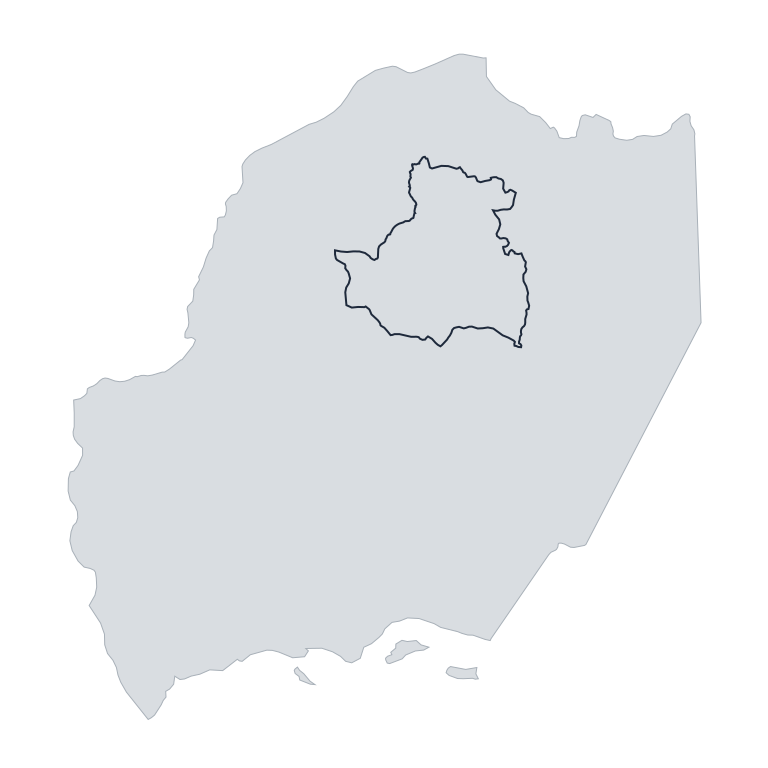 Tabora highlighted on a map of United Republic of Tanzania, rotated 88°
{"feature_id": "TZA-3359", "entity_name": "Tabora", "entity_type": "Region", "adm_level": 1, "iso_a3": "TZA", "parent_name": "United Republic of Tanzania", "parent_adm1": "", "projection": "orthographic", "projection_center": [32.512, -5.492], "detail": "fine", "context": "in_parent", "style": "outline", "palette": "slate", "viewbox_px": 768, "rotation_deg": 88, "n_neighbors": 0, "source": "natural_earth", "source_scale": "10m", "svg_char_len": 7601}
<svg xmlns="http://www.w3.org/2000/svg" viewBox="0 0 768 768"><g transform="rotate(88 384 384)"><path d="M270.3,565.5L260.7,560.4L252.0,557.4L244.9,553.9L241.7,550.6L235.0,549.3L229.2,548.7L223.8,545.6L212.8,544.5L211.6,542.4L211.4,537.8L209.5,536.6L205.5,535.5L201.1,535.5L198.5,536.2L196.9,535.9L193.4,533.2L190.0,529.7L188.7,524.3L183.7,520.7L177.9,517.9L161.7,518.3L159.2,517.4L155.3,514.7L150.8,510.1L147.2,504.8L144.0,497.7L140.6,488.1L121.9,449.8L120.0,442.6L116.3,434.5L110.3,424.7L104.0,417.4L95.4,410.7L85.7,404.2L80.4,399.7L70.3,381.7L68.3,373.3L66.7,364.5L67.3,360.9L73.5,349.6L74.1,346.4L73.3,342.2L70.2,333.2L66.2,322.3L58.2,302.4L57.0,297.4L57.1,293.6L61.7,273.4L61.6,270.6L80.3,270.9L93.9,262.0L105.7,248.7L108.1,243.2L112.9,234.7L117.7,230.4L119.5,227.5L122.2,219.1L128.4,213.3L134.5,208.9L133.2,205.8L134.1,204.6L137.4,202.4L143.9,200.3L145.1,195.8L145.1,190.8L144.0,188.0L144.2,184.8L143.2,183.0L139.0,182.6L132.8,180.1L127.5,179.0L123.9,177.6L122.6,176.5L122.0,173.5L124.9,165.8L122.0,162.6L128.5,149.8L129.7,148.2L132.1,148.0L135.8,146.6L139.3,146.0L142.1,146.5L144.2,146.0L146.1,144.5L147.6,140.2L148.9,132.9L148.2,127.0L145.5,122.4L144.7,115.5L146.0,106.1L145.1,98.4L142.1,92.2L139.0,88.5L134.3,86.8L126.9,77.3L124.6,72.8L125.1,69.9L127.6,68.7L132.3,69.1L136.7,68.0L140.8,65.4L144.8,64.6L147.0,65.0L333.8,65.0L551.4,187.8L552.3,189.2L554.0,199.8L553.6,203.3L550.2,209.3L549.2,212.5L549.2,214.7L550.0,215.5L552.8,215.9L555.2,217.3L556.1,218.5L558.0,223.0L560.3,225.3L642.2,285.9L644.1,286.8L642.8,291.8L638.1,303.9L637.8,309.0L635.9,314.9L634.1,318.9L629.2,335.9L625.2,342.3L619.6,357.2L618.6,368.7L621.5,376.8L622.5,384.3L628.7,391.7L633.8,394.4L637.1,397.9L643.1,405.6L646.4,413.4L657.3,417.3L661.5,426.0L659.8,432.0L654.7,436.9L649.8,444.8L645.9,455.3L645.6,471.4L648.1,468.9L653.8,472.9L654.4,484.8L648.2,498.5L646.3,504.9L645.9,510.4L649.9,527.0L656.2,535.4L655.7,538.1L654.0,540.2L664.8,555.2L663.6,568.1L667.6,578.2L669.2,586.9L671.8,593.6L672.2,598.2L668.7,603.3L676.7,604.7L681.4,608.9L683.5,612.9L689.3,612.8L692.4,615.6L696.9,617.9L706.8,624.8L709.4,628.2L711.0,631.4L682.9,652.2L672.8,657.5L665.6,660.0L658.0,661.3L650.7,664.5L643.7,669.7L634.9,672.2L624.2,672.1L613.0,675.6L595.1,686.4L585.0,680.2L577.0,678.2L567.7,678.3L562.0,679.0L560.0,680.3L558.1,684.0L556.5,690.1L550.3,695.9L539.6,701.4L529.7,703.4L520.8,701.9L514.7,699.5L511.6,696.3L506.9,694.7L500.8,694.9L494.8,697.2L489.1,701.5L480.0,703.4L467.6,702.7L461.0,700.6L460.1,696.9L454.7,692.6L444.8,687.7L437.5,687.5L432.7,692.2L428.4,695.1L424.5,696.3L421.0,696.4L416.0,695.1L402.2,694.6L389.2,694.7L388.0,687.9L385.3,683.7L383.0,681.3L378.5,680.6L377.2,678.7L375.8,674.5L373.6,670.9L370.7,667.9L368.9,665.1L368.3,662.6L368.8,659.8L371.6,652.8L372.5,648.0L372.2,643.1L370.8,638.1L367.7,632.1L368.1,630.4L367.0,626.3L367.0,623.5L367.6,619.9L367.0,615.3L364.4,605.3L364.4,602.7L361.6,597.9L353.0,586.4L352.6,584.9L339.0,573.4L333.5,570.8L331.6,573.0L330.8,575.0L331.4,578.7L331.0,580.5L330.5,581.3L327.2,581.2L325.2,580.8L320.0,577.7L316.0,576.9L306.0,577.5L302.5,578.2L299.7,577.5L294.5,572.2L288.3,571.1L282.7,570.8L273.5,564.8L270.3,565.5ZM659.3,375.4L663.6,388.1L663.0,390.5L659.8,391.9L658.1,392.0L656.2,389.9L654.8,385.6L652.4,386.6L648.4,381.5L644.3,381.2L640.8,375.0L642.2,369.7L641.5,360.7L646.0,356.1L648.6,348.3L651.3,353.6L651.9,362.0L655.6,371.8L659.3,375.4ZM681.9,300.0L682.2,303.0L681.2,305.8L681.3,314.9L680.9,320.8L677.5,329.1L674.7,332.0L672.2,331.1L670.2,329.7L668.7,327.4L672.1,312.3L670.6,301.1L676.9,302.3L681.9,300.0ZM670.2,482.9L667.1,483.7L665.8,482.9L663.9,480.4L667.3,478.3L670.7,474.3L678.4,468.3L682.0,463.5L681.4,468.2L676.9,478.5L673.3,479.1L670.2,482.9Z" fill="#d9dde1" stroke="#a8b0b8" stroke-width="1"/><path d="M352.0,245.7L351.7,248.3L351.3,249.3L350.7,250.3L350.3,252.2L348.4,252.4L346.5,251.7L345.1,252.9L342.0,258.1L339.5,263.7L332.4,272.8L331.1,278.2L331.7,283.3L331.8,288.4L329.7,294.1L329.7,297.1L330.7,300.0L331.2,302.3L329.5,307.0L329.9,309.5L330.5,312.0L332.2,313.8L335.2,314.9L337.9,316.5L339.8,318.1L341.8,319.4L347.1,324.7L348.3,326.3L346.7,328.9L344.5,331.2L340.6,334.4L338.0,338.4L339.3,340.0L341.0,341.3L341.2,344.0L340.0,346.5L338.4,347.7L338.1,348.8L337.9,350.0L337.8,355.2L334.7,366.8L334.5,371.7L335.2,373.8L335.4,375.7L331.3,378.8L327.8,381.7L325.7,385.0L325.1,385.5L323.6,385.7L322.4,386.3L320.0,388.0L314.0,394.1L309.7,395.7L308.8,396.2L305.9,399.6L306.5,400.9L306.1,407.2L306.5,413.5L303.9,418.8L291.0,419.5L286.3,418.4L282.2,415.7L277.3,414.2L272.3,415.4L270.4,416.1L269.0,417.4L267.0,418.7L264.4,418.4L262.9,419.0L262.2,420.5L258.4,426.6L256.9,427.7L252.9,428.4L248.7,428.3L250.1,422.4L250.8,416.3L250.4,410.1L250.7,403.9L252.4,398.4L255.9,393.9L257.5,393.0L258.7,391.4L259.3,390.3L259.7,389.2L259.2,388.4L258.7,387.6L258.4,386.3L257.4,385.7L248.8,385.0L246.3,384.1L244.5,382.2L242.4,378.7L241.5,377.9L240.9,377.6L239.6,377.4L238.5,376.6L236.4,375.7L235.8,375.3L235.4,374.9L234.8,374.0L234.8,373.7L234.9,373.1L234.8,372.8L234.5,372.5L233.7,372.4L233.3,372.2L232.5,371.6L229.5,369.9L228.1,368.8L226.5,367.1L225.2,365.1L224.2,363.0L223.1,358.9L222.4,357.9L222.0,356.9L222.0,353.9L221.8,352.8L221.3,352.3L220.2,351.3L219.7,350.7L219.5,350.1L219.3,349.5L219.1,348.9L218.7,348.7L217.5,348.5L214.1,347.5L214.1,347.0L213.1,347.5L212.1,347.5L209.4,346.9L208.0,346.2L207.7,346.3L207.5,346.5L207.3,346.6L206.9,346.4L206.4,345.8L206.1,345.5L205.7,345.4L204.0,345.8L202.6,346.7L201.5,347.8L200.2,348.7L199.0,349.2L198.6,349.5L197.9,350.1L197.6,350.5L196.8,350.9L194.6,351.8L193.9,352.2L193.3,352.3L188.9,350.9L188.2,351.1L187.6,352.0L186.7,351.3L185.7,351.4L184.6,351.8L183.4,352.0L182.1,351.8L180.9,351.3L178.7,349.9L177.6,350.4L175.1,350.1L174.0,350.6L173.0,350.8L172.1,349.9L171.0,347.9L169.8,347.5L168.6,347.7L167.4,348.1L166.3,348.3L165.5,348.2L165.3,347.8L165.7,346.9L165.6,346.5L165.3,346.0L165.3,345.7L165.7,344.3L165.4,343.3L165.2,342.8L164.9,342.2L165.0,341.8L165.1,341.4L164.9,341.0L164.6,340.9L163.8,341.0L163.4,340.8L159.5,337.8L159.2,337.7L158.6,336.6L158.4,335.9L158.4,335.2L160.1,334.3L160.3,332.8L164.9,331.5L169.2,330.6L170.3,328.5L168.0,319.0L168.5,312.1L171.4,304.1L171.1,302.5L170.4,301.6L170.0,300.6L170.4,300.4L173.4,298.1L174.7,297.7L175.1,297.4L175.4,297.0L175.6,296.1L175.9,295.7L176.9,295.0L179.7,293.7L180.1,293.0L179.5,286.7L179.8,285.7L180.9,284.9L184.2,283.7L184.7,283.1L185.7,280.4L184.6,275.8L184.0,271.4L183.3,269.9L181.7,270.1L181.2,267.4L181.2,264.6L182.6,262.5L183.2,260.0L184.7,258.1L187.1,257.4L192.9,258.1L197.0,256.0L196.6,254.4L195.9,252.8L194.8,252.1L194.3,251.0L195.1,249.2L197.5,245.6L204.4,247.8L209.7,248.8L211.7,250.3L213.5,251.9L213.9,255.0L213.7,258.2L214.0,261.3L214.8,264.3L214.7,266.7L214.2,269.0L218.6,266.9L223.5,263.2L228.5,262.2L233.3,263.8L235.6,265.1L237.9,266.3L240.1,265.8L241.6,263.9L242.5,263.2L242.7,261.9L242.3,259.6L242.7,257.3L243.7,255.8L245.2,255.5L247.3,254.2L249.3,255.2L250.4,256.3L251.1,258.0L251.0,259.1L251.1,260.1L252.5,260.1L258.3,258.4L259.4,255.2L256.7,254.3L255.5,253.3L254.5,252.1L254.9,251.0L256.0,250.1L256.6,249.0L258.0,248.8L258.9,245.5L258.3,242.1L261.5,241.0L265.4,239.4L266.2,238.5L267.2,238.0L271.5,238.9L274.3,237.7L276.8,238.5L279.4,240.8L283.0,241.1L286.2,240.9L291.4,238.4L298.3,236.8L301.6,237.7L305.7,237.7L307.3,237.1L310.8,236.2L314.1,237.0L314.4,238.5L315.5,239.4L317.5,239.1L319.5,239.1L324.0,240.6L327.6,240.7L329.4,241.0L331.0,242.0L332.2,243.6L333.8,244.8L335.8,245.3L337.7,245.3L339.0,244.9L340.2,245.4L341.1,246.3L342.3,246.6L344.4,246.8L346.5,247.6L348.1,247.6L348.9,246.2L350.3,245.4L352.0,245.7Z" fill="none" stroke="#1e293b" stroke-width="2"/></g></svg>